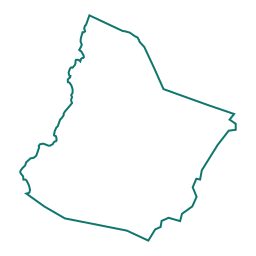 Highland, Virginia, United States of America (Mercator projection)
{"feature_id": "52423323B76266562550307", "entity_name": "Highland", "entity_type": "district", "adm_level": 2, "iso_a3": "USA", "parent_name": "United States of America", "parent_adm1": "Virginia", "projection": "mercator", "projection_center": [-79.655, 38.386], "detail": "fine", "context": "isolated", "style": "outline", "palette": "teal", "viewbox_px": 256, "rotation_deg": 0, "n_neighbors": 0, "source": "geoboundaries", "source_scale": "gbopen_adm2", "svg_char_len": 1647}
<svg xmlns="http://www.w3.org/2000/svg" viewBox="0 0 256 256"><path d="M26.3,193.6L44.5,206.6L64.9,218.4L126.8,230.6L148.3,240.6L155.2,229.4L160.6,227.0L161.6,220.9L168.6,217.8L180.1,221.1L182.0,213.8L192.3,206.4L196.6,196.8L192.7,187.3L196.3,178.8L200.1,179.5L201.8,170.3L217.6,145.0L228.7,130.7L235.7,129.8L235.7,123.8L229.6,119.6L234.1,114.0L209.2,105.5L163.5,89.1L153.6,66.9L144.3,47.0L139.8,42.1L139.2,41.1L139.1,40.2L137.6,37.7L137.4,37.4L137.0,37.2L135.2,36.4L129.7,32.6L125.0,31.3L122.7,31.0L89.4,15.4L86.4,23.8L85.5,25.5L85.0,25.7L84.1,28.7L84.5,29.3L85.1,31.3L83.6,32.4L82.6,32.2L80.8,38.4L80.6,41.8L81.8,44.6L81.0,46.8L79.2,49.9L79.8,50.5L80.6,50.8L81.8,52.3L83.5,55.3L83.9,57.1L83.3,57.9L82.3,58.0L81.5,58.5L81.0,59.0L80.8,59.6L80.3,61.4L78.7,59.9L76.0,59.8L75.5,61.1L75.5,63.1L74.9,64.9L72.6,67.7L71.3,67.4L70.9,67.6L69.9,68.8L68.6,72.6L68.9,74.1L69.5,75.8L70.4,76.0L70.1,77.5L69.5,77.8L68.0,79.3L67.7,79.9L68.0,82.2L69.5,82.6L71.4,85.5L72.3,88.3L72.6,89.3L72.6,92.8L72.3,93.3L71.2,95.1L72.1,97.2L71.3,98.8L71.2,100.5L71.5,101.8L71.9,102.5L72.0,103.2L64.7,111.8L63.6,113.9L63.7,115.2L62.0,117.7L60.1,119.6L57.8,126.2L56.3,127.6L54.7,131.2L54.0,135.1L54.5,135.7L55.7,136.0L56.1,136.5L56.5,139.0L56.6,140.3L56.4,140.6L56.0,141.2L55.0,141.4L53.8,142.3L52.7,144.2L50.1,145.6L48.6,145.7L43.7,143.8L42.8,143.7L39.9,144.3L38.7,146.0L39.1,147.4L37.5,152.3L36.2,155.8L33.5,157.9L30.6,158.3L26.1,162.4L25.4,164.8L24.8,165.9L22.9,167.6L20.9,170.1L20.3,171.6L20.3,172.5L21.4,174.3L22.9,176.0L23.2,177.1L23.4,179.6L25.5,179.6L26.6,180.6L29.0,185.5L30.0,189.9L29.4,192.4L28.9,192.9L26.3,193.6Z" fill="none" stroke="#0f766e" stroke-width="2"/></svg>